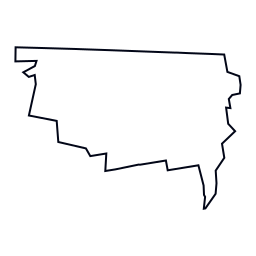 Franklin, Massachusetts, United States of America
{"feature_id": "52423323B1749391597269", "entity_name": "Franklin", "entity_type": "district", "adm_level": 2, "iso_a3": "USA", "parent_name": "United States of America", "parent_adm1": "Massachusetts", "projection": "equal_earth", "projection_center": [-72.569, 42.522], "detail": "fine", "context": "isolated", "style": "outline", "palette": "ink", "viewbox_px": 256, "rotation_deg": 0, "n_neighbors": 0, "source": "geoboundaries", "source_scale": "gbopen_adm2", "svg_char_len": 743}
<svg xmlns="http://www.w3.org/2000/svg" viewBox="0 0 256 256"><path d="M28.9,115.5L56.7,120.9L58.3,142.0L85.9,148.4L90.3,156.1L106.3,153.5L105.3,171.0L115.3,169.4L138.6,164.6L140.1,164.7L150.6,163.0L165.9,160.5L167.7,170.3L198.4,165.3L203.6,185.5L204.0,194.9L205.1,196.9L203.8,208.7L205.4,208.4L215.6,193.8L216.5,183.3L215.7,170.6L224.3,157.8L222.0,143.7L235.1,131.2L228.2,123.8L226.1,107.6L230.4,108.1L228.8,99.0L232.2,95.0L239.9,93.4L240.6,84.9L239.3,76.2L227.4,71.9L224.2,54.5L223.4,54.5L212.0,54.0L187.8,53.1L176.8,52.6L174.7,52.6L158.3,52.0L110.5,50.2L81.0,49.2L75.9,49.0L55.1,48.4L41.7,48.0L15.6,47.3L15.4,61.4L36.5,60.9L34.9,66.0L23.3,72.3L28.8,76.9L34.7,75.0L35.8,84.2L28.9,115.5Z" fill="none" stroke="#020617" stroke-width="2"/></svg>